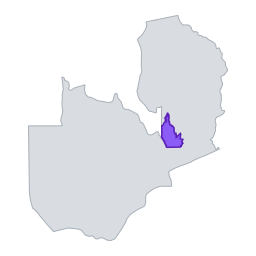 Serenje, Central, Zambia (highlighted)
{"feature_id": "96606910B77122166525946", "entity_name": "Serenje", "entity_type": "district", "adm_level": 2, "iso_a3": "ZMB", "parent_name": "Zambia", "parent_adm1": "Central", "projection": "equal_earth", "projection_center": [30.192, -13.189], "detail": "fine", "context": "in_parent", "style": "filled", "palette": "violet", "viewbox_px": 256, "rotation_deg": 0, "n_neighbors": 0, "source": "geoboundaries", "source_scale": "gbopen_adm2", "svg_char_len": 7286}
<svg xmlns="http://www.w3.org/2000/svg" viewBox="0 0 256 256"><path d="M171.7,186.2L160.4,186.3L156.3,187.5L152.9,189.3L148.9,192.1L146.6,194.1L146.0,195.2L145.7,197.6L145.7,201.3L145.3,204.0L144.1,206.4L138.0,209.4L134.0,211.8L130.1,214.7L127.2,218.4L125.2,223.0L121.8,228.7L114.9,238.8L110.8,240.6L107.4,240.2L103.3,238.1L100.0,237.7L97.6,239.0L95.4,238.6L93.3,236.5L91.6,235.7L90.2,236.3L88.5,236.2L85.2,235.0L82.4,231.4L80.8,229.9L79.6,229.4L76.3,228.8L68.5,228.0L60.6,229.8L53.5,231.6L46.3,223.5L39.2,215.0L37.7,212.9L35.1,210.0L33.2,208.6L32.5,207.9L30.5,200.3L29.4,193.3L28.5,125.9L60.2,125.9L62.2,125.6L62.3,124.9L60.8,121.3L60.9,120.0L61.2,117.6L62.6,112.7L62.7,111.0L62.0,105.7L62.0,102.7L62.3,96.7L62.1,94.6L62.8,91.9L63.1,90.1L63.4,89.3L63.0,87.3L62.3,80.1L61.9,77.1L63.8,77.5L64.5,79.0L64.8,80.6L65.7,80.7L68.0,81.7L68.8,83.0L69.3,85.9L69.0,87.4L68.3,88.5L69.0,89.6L70.5,90.3L71.4,90.1L74.0,88.1L76.3,87.4L77.5,86.9L82.8,85.6L83.8,84.9L84.5,84.9L85.1,85.5L84.6,87.5L84.5,89.3L85.1,92.7L85.6,94.3L86.7,95.5L87.5,96.1L88.4,97.3L90.2,97.1L94.3,98.9L95.5,99.7L97.2,100.5L98.4,100.8L102.6,101.4L106.9,102.3L109.2,102.4L110.8,102.2L111.9,101.7L112.6,101.1L112.9,100.7L114.6,94.2L115.4,93.7L116.5,93.3L117.1,93.9L117.9,98.0L121.0,101.7L122.1,104.8L122.9,107.5L123.6,108.2L124.8,109.1L126.7,109.4L128.5,109.5L137.0,114.0L137.9,114.9L139.0,117.3L139.6,120.0L140.3,122.2L141.4,122.6L142.4,122.7L143.4,124.2L144.1,125.5L146.6,130.8L147.0,132.9L148.2,134.3L149.9,134.9L151.4,135.0L152.3,134.4L154.5,133.3L156.2,132.0L157.4,131.6L158.1,131.9L158.7,132.7L159.1,135.4L160.3,136.3L161.2,135.9L161.5,134.9L161.5,134.4L161.5,106.5L160.7,106.7L159.7,107.5L157.5,107.6L156.6,108.2L156.3,109.1L156.5,110.3L156.5,111.8L156.2,112.6L155.2,112.9L153.8,112.3L151.2,111.5L149.0,111.0L147.5,108.9L145.4,105.7L144.0,104.2L140.7,100.9L140.1,100.2L139.1,98.7L138.2,96.1L137.4,93.0L136.9,91.1L137.7,88.2L139.6,78.5L140.1,75.5L141.7,72.4L141.8,69.7L141.2,66.2L141.3,64.2L141.5,53.1L141.1,49.6L140.0,45.7L137.6,40.3L137.6,39.1L141.3,35.6L142.4,34.3L144.3,31.5L145.6,29.0L146.4,27.1L146.7,24.5L146.1,22.1L147.3,21.6L177.8,15.4L178.3,17.0L179.2,19.8L180.2,21.8L181.5,23.6L182.7,24.7L183.4,25.0L188.1,24.9L189.8,26.0L191.2,27.4L191.6,29.5L192.6,30.8L193.6,31.9L194.1,32.0L194.8,31.7L196.1,31.7L197.3,32.2L197.8,32.6L197.9,34.4L198.2,35.2L199.8,35.5L201.4,35.7L203.0,36.9L204.7,37.1L206.6,37.6L207.5,38.9L209.6,40.2L212.1,41.4L214.9,43.4L215.0,44.0L215.5,45.1L216.0,46.0L216.0,47.2L216.2,48.3L216.9,48.6L217.5,48.7L218.1,47.9L218.8,47.9L219.6,48.4L219.9,49.7L220.6,51.5L221.6,52.7L222.3,53.8L222.0,56.0L221.6,57.9L223.0,59.8L224.8,61.6L225.3,62.4L225.4,65.1L225.7,66.0L226.9,68.3L227.5,69.7L227.5,70.6L224.1,75.0L222.1,75.7L221.2,76.6L220.7,77.6L222.0,82.0L222.7,83.6L222.1,85.7L220.7,89.3L220.1,89.6L220.0,92.3L220.4,93.3L221.1,94.1L221.3,95.9L221.3,100.4L220.4,105.6L221.9,110.1L222.4,110.5L224.5,110.6L224.8,111.0L224.3,112.2L222.8,114.2L220.2,115.7L216.4,117.4L215.6,119.1L215.1,121.4L215.5,122.8L216.0,123.6L215.9,125.7L215.5,127.8L215.6,129.5L215.5,131.1L215.0,131.8L214.3,134.1L213.5,136.4L212.8,137.4L211.9,138.5L210.4,139.4L210.4,139.9L212.1,140.9L212.5,141.7L212.7,142.2L212.0,143.3L212.7,144.0L213.7,144.6L214.6,146.1L215.6,149.0L215.8,149.3L216.1,149.3L216.6,149.0L217.7,147.8L218.4,147.4L219.4,149.1L203.6,156.2L199.8,157.6L194.3,160.1L192.5,161.0L191.1,162.0L176.4,167.5L174.1,168.6L168.9,171.4L168.7,171.8L168.8,173.1L169.3,175.8L170.2,178.2L170.9,179.6L171.4,183.1L171.7,186.2Z" fill="#d9dde1" stroke="#a8b0b8" stroke-width="1"/><path d="M161.8,125.7L161.8,136.1L161.5,137.4L161.5,137.7L162.0,137.7L162.1,137.8L162.3,137.9L162.2,138.1L162.3,138.3L162.4,138.6L162.5,138.6L162.6,138.8L162.7,139.1L162.9,139.2L162.9,139.4L163.2,139.6L163.2,139.9L163.2,140.0L163.6,140.1L163.7,140.3L163.8,140.4L163.8,140.7L163.7,140.9L163.9,141.1L164.1,141.1L164.3,141.2L164.3,141.5L164.3,141.9L164.3,142.0L164.4,142.3L164.5,142.3L164.4,142.5L164.5,142.8L164.6,143.0L164.8,143.0L165.0,143.2L165.1,143.3L165.2,143.6L165.2,143.9L165.3,144.0L165.3,144.4L165.6,144.6L165.7,144.8L165.9,144.9L165.9,145.0L165.9,145.3L166.0,145.5L166.3,145.6L166.2,145.9L166.1,146.0L166.3,146.2L166.2,146.6L166.3,146.8L166.5,147.1L167.1,147.3L180.1,147.1L180.2,146.9L180.4,146.7L180.5,146.5L180.6,146.2L180.9,146.4L181.1,146.4L181.0,145.8L181.0,145.5L181.5,145.6L181.6,145.4L181.7,145.2L181.6,144.6L181.6,144.4L181.7,144.2L181.9,144.3L182.2,144.2L182.6,143.6L182.9,143.4L182.8,143.2L182.7,143.0L182.6,142.9L182.5,143.0L182.5,142.9L182.4,142.9L182.2,142.7L182.1,142.4L182.2,142.2L182.3,141.9L182.2,141.6L181.9,141.5L182.2,140.8L182.5,140.4L182.8,139.6L182.9,139.4L180.2,138.9L180.7,134.1L180.4,133.4L176.3,137.3L176.3,137.2L176.4,136.9L176.5,136.9L176.4,136.8L176.3,136.6L176.5,136.6L176.6,136.4L176.4,136.2L176.5,135.9L176.4,135.8L176.4,135.6L176.2,135.6L176.2,135.4L176.2,135.2L176.3,135.2L176.3,134.9L176.3,134.7L176.2,134.7L176.2,134.4L176.1,134.2L175.9,134.1L175.9,133.9L175.8,134.0L175.7,133.8L175.3,133.9L175.4,133.7L175.2,133.5L175.1,133.2L175.1,133.3L174.9,133.2L174.8,132.7L174.6,132.8L174.5,132.7L174.4,132.5L174.4,132.1L174.1,132.0L174.1,131.9L174.0,131.4L173.9,131.2L174.1,130.9L174.1,130.3L174.1,130.2L173.8,129.7L174.2,128.5L174.0,128.0L174.0,127.7L173.5,127.4L173.0,126.5L172.7,126.5L172.4,126.4L172.6,126.0L172.4,125.8L172.2,125.7L172.0,125.9L171.8,125.9L171.7,126.0L171.6,125.9L171.4,125.7L171.1,125.4L171.1,125.1L170.9,124.9L170.6,124.7L170.4,124.6L170.2,124.7L169.9,124.4L169.8,124.2L169.8,124.3L169.8,124.2L169.6,123.8L169.7,123.7L169.6,123.4L169.5,123.2L169.4,123.1L169.4,122.9L169.3,122.7L169.4,122.3L169.5,122.3L169.6,122.0L169.5,121.8L169.4,121.6L169.4,121.3L169.3,121.2L169.2,121.1L168.8,121.1L168.7,121.1L168.6,120.9L168.7,120.6L168.6,120.1L168.6,119.9L168.8,119.3L168.8,119.2L169.0,119.0L169.1,118.6L169.1,118.3L169.1,118.1L169.0,117.8L168.9,117.7L168.6,117.4L168.6,117.2L168.8,117.0L168.8,116.9L168.7,116.8L168.8,116.8L168.8,116.6L169.0,116.5L169.0,116.4L168.9,116.1L169.0,115.9L169.0,115.7L168.9,115.4L168.6,115.4L168.6,115.2L168.4,115.0L168.4,114.8L168.5,114.6L168.4,114.5L168.4,114.4L168.4,114.2L168.2,114.0L168.2,113.9L168.2,114.0L168.1,113.8L167.9,113.7L167.9,113.3L167.7,113.2L167.5,113.3L167.4,113.3L167.4,113.5L167.5,113.6L167.4,113.7L167.5,113.9L167.4,114.1L167.2,114.2L167.2,114.3L167.2,114.5L166.9,114.7L167.1,114.9L167.2,115.0L166.8,115.2L166.9,115.3L167.0,115.5L166.9,115.7L166.8,115.8L166.7,115.8L166.8,116.0L166.7,116.2L166.6,116.4L166.4,116.4L166.3,116.5L166.2,116.5L166.2,116.4L166.0,116.5L166.0,116.9L165.9,116.9L165.9,117.0L165.8,116.9L165.7,117.0L165.5,117.3L165.4,117.4L165.3,117.6L165.2,117.7L165.2,117.8L165.3,117.9L165.5,118.1L165.4,118.3L165.2,118.3L165.3,118.4L165.3,118.5L165.3,118.8L165.6,118.6L165.6,118.8L165.6,119.0L165.8,119.2L165.9,119.3L165.7,119.2L165.7,119.3L165.8,119.4L165.8,119.7L166.0,119.8L166.2,120.0L165.9,120.3L166.0,120.3L165.9,120.4L165.9,120.5L165.9,120.9L166.0,120.9L166.0,121.0L165.9,121.0L165.8,120.9L165.8,121.0L166.1,121.2L166.1,121.3L166.2,121.5L165.9,121.5L165.7,121.7L165.6,121.8L165.4,121.9L164.8,122.0L164.6,122.2L164.4,122.3L164.3,122.6L164.2,123.0L163.8,123.3L163.5,123.7L163.4,124.2L163.3,124.4L163.3,124.5L163.1,124.9L162.9,125.2L162.8,125.4L162.6,125.5L162.4,125.8L162.0,125.7L161.8,125.7Z" fill="#8b5cf6" stroke="#5b21b6" stroke-width="1.5"/></svg>